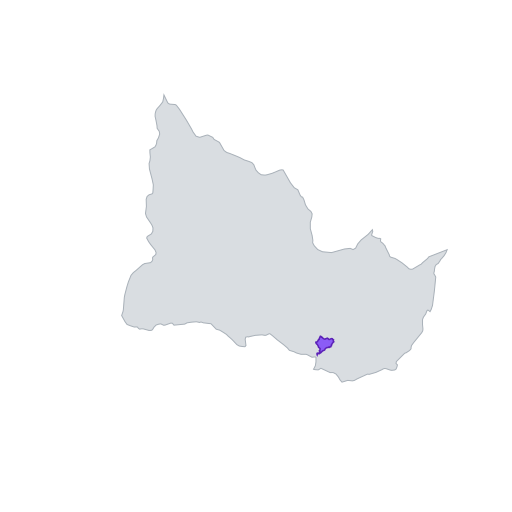 Nagha Boguila, Ouham, Central African Republic (highlighted), rotated 225°
{"feature_id": "33826404B99967621035211", "entity_name": "Nagha Boguila", "entity_type": "district", "adm_level": 2, "iso_a3": "CAF", "parent_name": "Central African Republic", "parent_adm1": "Ouham", "projection": "natural_earth1", "projection_center": [16.914, 7.123], "detail": "fine", "context": "in_parent", "style": "filled", "palette": "violet", "viewbox_px": 512, "rotation_deg": 225, "n_neighbors": 0, "source": "geoboundaries", "source_scale": "gbopen_adm2", "svg_char_len": 5952}
<svg xmlns="http://www.w3.org/2000/svg" viewBox="0 0 512 512"><g transform="rotate(225 256 256)"><path d="M342.0,190.2L346.0,191.4L346.7,192.9L345.6,197.6L346.4,200.5L348.7,203.0L351.0,204.1L353.3,204.7L361.0,206.2L364.2,207.9L368.5,213.5L373.8,218.5L375.1,221.1L374.9,223.6L373.4,226.5L373.6,227.7L376.1,230.6L378.9,233.7L384.0,237.0L392.9,242.2L397.0,245.8L398.4,248.4L400.7,251.3L403.9,253.9L406.1,256.0L404.6,261.7L405.1,263.6L405.9,265.3L407.7,267.5L408.5,270.5L410.3,274.1L412.5,275.7L416.2,276.4L418.1,278.1L422.2,280.9L426.1,283.4L427.8,285.2L428.8,286.7L429.7,288.5L430.1,290.3L430.3,294.2L430.9,299.0L433.0,302.3L435.0,304.8L427.0,302.0L425.9,301.9L424.4,302.4L420.3,305.9L419.0,306.3L413.7,305.6L401.1,302.8L391.3,300.2L388.4,299.2L383.1,298.3L379.7,300.1L376.5,306.3L375.6,307.5L370.5,309.3L368.1,308.8L362.2,310.5L353.2,308.0L349.9,308.5L347.4,309.8L340.9,312.6L336.9,314.2L332.3,315.6L328.0,317.8L325.0,319.1L322.1,319.0L319.5,317.8L316.7,316.7L313.3,316.5L309.8,317.1L306.8,319.6L305.6,321.3L303.0,326.0L299.9,333.6L298.7,335.2L297.6,336.0L283.4,332.1L277.3,331.3L273.2,332.4L268.0,330.3L265.7,329.9L264.7,330.6L261.8,329.6L257.1,327.1L252.6,326.0L248.6,326.3L246.1,325.5L244.1,323.0L241.5,318.3L236.9,313.7L230.7,310.1L226.9,307.3L225.3,305.4L222.0,304.4L216.9,304.2L212.0,306.0L205.0,311.8L198.4,323.5L194.8,328.0L191.9,329.2L191.1,332.0L192.6,336.5L193.0,341.7L192.0,350.5L192.3,356.9L190.8,355.9L189.3,352.9L188.6,352.3L184.3,353.7L182.0,354.9L180.8,356.1L179.9,356.3L178.6,354.6L177.5,354.3L175.8,354.6L174.0,354.6L172.9,354.4L172.2,354.5L170.1,353.6L162.7,351.1L161.4,350.3L160.0,350.4L156.1,352.5L154.1,353.1L147.9,354.4L141.4,355.1L138.8,355.1L137.1,356.1L136.0,357.4L133.9,365.6L133.4,367.0L133.5,369.0L132.9,375.5L133.2,377.6L125.3,395.6L124.0,392.6L123.2,389.1L122.9,385.1L123.0,384.0L122.5,382.8L121.9,379.5L122.5,377.4L122.0,375.2L120.5,373.0L119.1,371.3L118.3,369.8L117.6,369.2L116.1,368.9L114.0,368.2L105.3,357.6L96.2,345.8L94.3,342.0L93.6,339.7L95.8,339.5L96.4,339.1L96.4,338.1L95.0,335.0L94.4,331.2L93.3,328.8L89.7,325.2L86.3,322.4L85.2,321.0L84.6,319.0L83.3,306.2L82.7,302.6L81.7,301.0L80.9,300.2L80.6,299.3L80.7,297.1L81.2,295.0L81.2,294.2L82.1,292.4L82.1,280.6L81.0,279.0L79.0,279.0L77.9,277.2L77.0,275.1L77.3,273.5L79.2,271.1L80.5,270.2L84.4,268.3L85.5,267.4L86.2,266.2L86.6,264.6L88.9,258.5L92.2,252.5L93.7,251.2L97.0,242.3L97.8,240.0L98.4,237.7L99.5,235.9L103.2,232.9L106.0,227.6L109.0,227.8L112.1,228.7L116.0,229.1L119.1,228.1L121.1,226.0L130.7,222.5L131.4,219.6L133.0,218.1L134.7,216.8L135.3,216.6L135.5,217.6L136.5,220.5L138.7,223.5L141.9,226.7L142.8,226.5L144.8,224.0L149.8,222.5L151.1,221.9L154.7,218.3L158.9,216.0L161.4,215.2L165.7,212.9L168.8,213.2L173.8,212.8L182.0,211.7L187.9,211.3L191.0,210.9L191.7,210.4L192.9,207.0L193.8,206.0L196.0,204.5L200.4,199.4L203.2,195.0L204.1,193.4L204.7,193.2L205.9,191.3L204.7,189.4L199.8,185.6L199.9,185.0L199.6,184.4L199.8,183.9L201.7,182.3L204.2,180.5L206.9,179.8L213.9,180.0L219.9,179.6L221.3,179.7L226.0,178.7L229.2,177.9L232.4,176.1L239.9,176.3L246.0,171.5L247.8,170.7L248.6,169.9L248.8,169.2L251.7,167.3L254.9,163.5L257.5,160.0L258.2,157.5L265.1,149.1L267.6,149.3L268.8,148.3L271.5,142.7L272.4,141.7L275.3,140.7L276.6,139.0L277.8,136.6L277.8,133.5L277.2,131.1L277.2,129.9L277.9,128.8L279.0,127.7L284.3,124.7L285.7,123.3L286.5,122.0L287.9,121.7L289.6,121.9L290.6,121.1L291.8,119.7L295.4,117.9L298.8,116.4L302.4,117.0L308.9,118.9L310.9,122.9L311.8,124.2L319.9,133.7L321.4,135.9L325.4,142.7L327.9,147.4L330.7,154.0L331.0,157.6L330.6,160.7L330.1,169.4L329.4,171.9L325.9,176.7L325.8,178.8L326.5,180.5L327.6,181.3L328.2,182.1L327.9,186.2L329.1,187.8L331.8,188.9L338.5,189.6L342.0,190.2Z" fill="#d9dde1" stroke="#a8b0b8" stroke-width="1"/><path d="M140.3,250.3L140.6,250.3L140.8,250.3L140.9,250.5L141.1,250.6L141.4,250.9L141.7,251.0L141.9,251.1L142.2,251.4L142.2,251.5L142.5,251.4L142.8,251.2L142.9,251.3L143.1,251.4L143.3,251.5L143.5,251.5L143.7,251.4L143.9,251.3L144.1,251.1L144.3,250.9L144.4,250.7L144.5,250.4L144.8,249.7L144.9,249.2L145.0,249.0L145.3,248.6L146.1,248.4L146.4,248.5L146.5,248.6L146.9,248.5L147.3,248.5L147.6,248.1L147.7,247.8L147.9,247.5L147.9,247.3L148.0,247.1L148.2,246.8L148.3,246.6L148.3,246.2L148.4,245.9L148.6,245.8L149.3,245.5L149.6,245.4L150.3,245.3L150.5,245.2L151.0,245.2L151.3,245.2L151.6,245.3L151.8,245.3L152.0,245.1L152.2,244.9L152.4,245.0L152.6,245.1L152.9,245.1L153.2,245.0L153.5,245.0L153.7,244.9L153.8,244.7L153.7,244.4L153.5,244.2L153.4,244.0L153.4,243.8L153.3,243.4L153.2,243.2L153.1,242.9L153.0,242.7L152.9,242.3L152.7,242.1L152.3,241.7L152.4,241.4L152.6,241.2L152.6,240.8L152.6,240.6L152.4,240.3L152.3,240.1L152.3,239.9L152.2,239.5L152.2,239.2L152.0,238.9L152.0,238.6L152.2,238.2L152.8,237.5L152.7,237.3L152.5,237.2L152.3,237.0L152.0,236.9L151.7,236.9L151.5,236.7L151.1,236.7L150.8,236.8L150.6,236.7L150.4,236.7L150.1,236.8L148.6,236.4L147.2,235.7L146.5,235.8L146.0,235.8L145.4,235.9L145.1,235.8L144.9,235.5L144.8,235.3L144.4,234.9L144.2,234.7L144.2,234.4L144.3,234.2L144.3,233.9L144.2,233.7L143.8,233.6L143.7,233.7L143.4,233.7L143.2,233.6L142.9,233.5L142.7,233.5L142.6,233.4L142.5,233.2L142.7,232.9L142.6,232.7L142.5,232.4L142.5,232.2L142.6,231.9L142.8,231.8L143.1,231.7L143.3,231.5L143.5,231.2L143.8,230.9L143.9,230.7L144.0,230.6L144.0,230.4L143.9,230.4L143.7,230.4L143.6,230.0L143.4,229.8L143.3,229.7L143.2,229.5L143.1,229.4L142.8,229.3L143.3,230.2L143.2,230.5L143.2,230.8L142.7,231.2L142.4,231.4L142.2,231.5L142.1,231.8L142.1,232.1L142.1,232.4L142.1,232.6L141.9,232.9L141.8,233.2L141.8,233.9L141.8,234.6L141.8,236.1L141.3,237.1L141.0,238.1L141.3,238.9L141.5,239.6L141.2,241.3L140.5,242.0L140.3,242.9L139.6,243.0L139.5,243.3L139.5,243.5L139.6,243.9L139.6,244.0L139.1,244.3L138.9,244.6L139.2,245.2L139.3,245.4L139.3,245.7L139.2,246.0L139.4,246.2L139.7,246.4L139.8,246.5L140.0,246.7L140.0,247.6L140.2,247.9L140.3,248.2L140.3,248.7L140.3,248.9L140.4,249.4L140.3,250.3Z" fill="#8b5cf6" stroke="#5b21b6" stroke-width="1.5"/></g></svg>